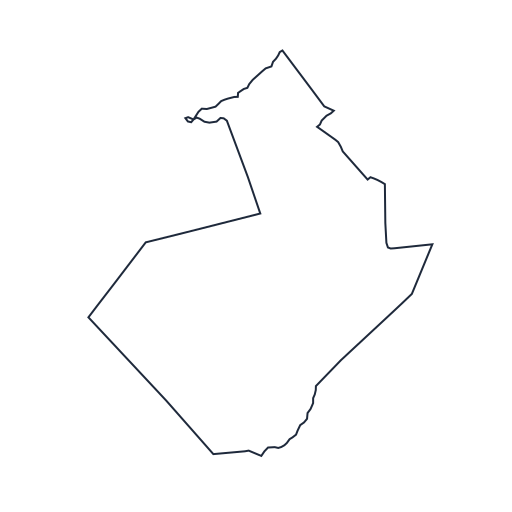 Serra Branca, Paraíba, Brazil, rotated 170°
{"feature_id": "56859067B97423314982747", "entity_name": "Serra Branca", "entity_type": "district", "adm_level": 2, "iso_a3": "BRA", "parent_name": "Brazil", "parent_adm1": "Paraíba", "projection": "robinson", "projection_center": [-36.73, -7.555], "detail": "fine", "context": "isolated", "style": "outline", "palette": "slate", "viewbox_px": 512, "rotation_deg": 170, "n_neighbors": 0, "source": "geoboundaries", "source_scale": "gbopen_adm2", "svg_char_len": 1406}
<svg xmlns="http://www.w3.org/2000/svg" viewBox="0 0 512 512"><g transform="rotate(170 256 256)"><path d="M293.8,401.3L290.4,402.6L287.6,401.0L283.5,397.2L278.7,395.4L271.5,395.2L267.0,398.1L263.9,397.2L261.2,394.3L250.3,335.1L245.1,301.5L244.4,297.1L322.9,291.3L362.2,288.6L400.4,253.4L421.1,234.5L431.7,224.7L369.6,129.3L332.4,68.3L300.9,65.6L297.0,65.6L285.5,58.2L281.6,62.2L277.4,65.3L270.7,64.5L267.4,63.1L264.3,63.5L260.9,64.7L258.1,66.5L254.7,69.8L251.6,71.0L247.6,73.1L245.3,76.9L241.8,81.8L237.7,83.7L234.0,86.8L232.5,92.4L228.8,95.9L225.3,101.2L224.4,106.1L222.2,109.4L220.4,113.6L219.6,117.5L190.4,138.7L129.2,178.3L119.0,185.0L109.1,191.6L80.3,236.9L118.6,239.6L122.1,240.0L124.6,241.5L125.3,246.3L122.9,266.1L116.6,304.4L119.7,307.1L123.2,309.8L126.6,312.0L129.6,313.7L132.8,311.9L136.8,318.4L152.4,343.9L153.5,348.8L155.3,353.9L157.5,356.5L163.0,362.1L173.4,372.6L170.2,374.4L167.8,378.0L164.9,380.0L162.2,381.9L157.5,383.5L154.2,385.6L162.8,391.5L172.5,410.8L194.3,453.8L197.2,452.7L199.3,449.7L202.1,446.8L205.5,444.3L207.9,440.0L213.9,439.1L218.0,436.7L228.6,430.1L232.8,426.5L235.3,423.1L239.1,422.6L245.3,419.8L246.3,415.9L249.8,416.4L256.3,415.9L259.8,415.4L263.4,414.6L266.6,412.3L269.9,410.1L273.1,409.8L278.9,409.3L283.8,410.5L287.6,408.0L293.8,401.3ZM301.6,404.0L299.7,400.3L296.6,399.0L293.8,401.3L298.7,404.5L301.6,404.0Z" fill="none" stroke="#1e293b" stroke-width="2"/></g></svg>